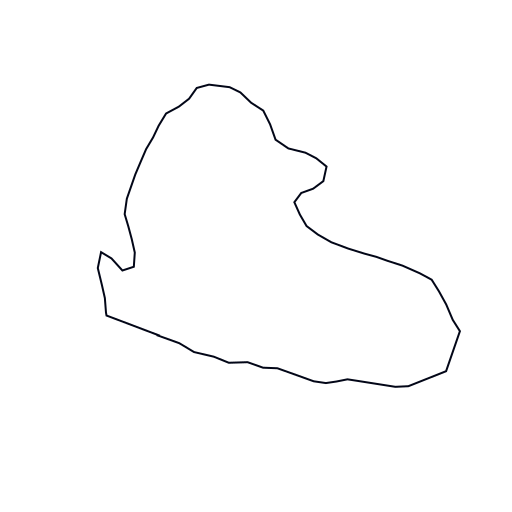 VI-2 East Canje/E.C.Berb, East Berbice-Corentyne, Guyana, rotated 158°
{"feature_id": "73187651B18433747523923", "entity_name": "VI-2 East Canje/E.C.Berb", "entity_type": "district", "adm_level": 2, "iso_a3": "GUY", "parent_name": "Guyana", "parent_adm1": "East Berbice-Corentyne", "projection": "robinson", "projection_center": [-57.388, 6.209], "detail": "fine", "context": "isolated", "style": "outline", "palette": "ink", "viewbox_px": 512, "rotation_deg": 158, "n_neighbors": 0, "source": "geoboundaries", "source_scale": "gbopen_adm2", "svg_char_len": 1011}
<svg xmlns="http://www.w3.org/2000/svg" viewBox="0 0 512 512"><g transform="rotate(158 256 256)"><path d="M235.4,432.5L248.0,434.0L259.1,426.9L271.5,423.4L286.0,421.8L297.4,413.3L307.0,404.5L317.8,396.3L327.7,386.5L337.3,376.9L354.3,357.5L362.1,344.0L363.3,331.2L364.9,318.1L367.1,304.6L373.3,291.8L385.3,292.6L390.9,307.9L398.2,317.6L407.2,304.1L409.7,287.1L411.9,273.6L416.3,259.7L416.9,256.8L376.1,219.1L376.6,218.9L359.8,203.9L349.4,190.1L332.9,178.5L321.2,167.2L303.6,160.7L291.3,149.8L278.2,143.9L249.4,118.2L238.8,112.0L228.5,109.5L217.4,107.4L209.0,102.4L175.8,82.5L163.5,78.2L122.9,78.0L95.1,109.9L97.5,123.1L97.8,139.8L99.6,154.7L102.0,168.2L110.6,178.6L123.8,192.2L135.8,202.2L144.7,210.1L154.6,217.6L167.8,228.4L181.0,240.5L190.6,252.7L197.9,264.8L199.8,278.0L200.3,291.5L190.4,297.5L177.8,297.0L165.5,300.2L157.1,312.5L163.5,324.0L171.5,333.3L185.7,343.6L194.3,356.5L193.6,372.8L194.8,388.1L203.1,399.9L209.2,413.5L217.2,422.4L235.4,432.5Z" fill="none" stroke="#020617" stroke-width="2"/></g></svg>